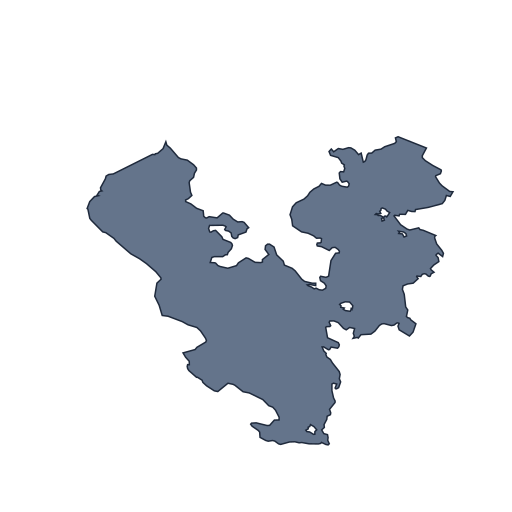 map outline of Oromiya (Equal Earth projection), rotated 113°
{"feature_id": "ETH-3131", "entity_name": "Oromiya", "entity_type": "Administrative State", "adm_level": 1, "iso_a3": "ETH", "parent_name": "Ethiopia", "parent_adm1": "", "projection": "equal_earth", "projection_center": [38.367, 6.948], "detail": "fine", "context": "isolated", "style": "filled", "palette": "slate", "viewbox_px": 512, "rotation_deg": 113, "n_neighbors": 0, "source": "natural_earth", "source_scale": "10m", "svg_char_len": 6130}
<svg xmlns="http://www.w3.org/2000/svg" viewBox="0 0 512 512"><g transform="rotate(113 256 256)"><path d="M90.7,171.8L90.0,141.3L98.7,142.1L100.5,141.3L102.1,137.4L103.6,128.6L104.4,119.3L105.3,118.6L108.2,118.4L111.8,121.9L112.9,121.7L117.2,115.6L118.7,112.1L120.9,102.9L119.9,99.8L125.3,100.5L125.9,104.4L131.0,103.9L135.0,105.0L144.0,116.5L150.9,127.3L153.0,127.0L154.2,130.1L154.7,134.1L159.3,134.7L161.2,139.5L161.6,140.1L163.2,140.0L164.3,144.2L165.2,144.6L170.7,135.1L172.2,127.4L172.0,124.6L166.5,117.2L167.6,115.4L167.0,112.1L166.9,98.5L168.0,99.1L169.5,98.7L174.3,94.4L178.2,87.2L180.3,84.5L183.6,84.0L182.2,89.5L184.3,90.7L185.1,90.5L186.4,87.7L189.7,85.5L194.8,88.8L199.4,90.5L200.3,89.4L201.4,85.8L203.9,87.8L206.5,87.8L207.0,88.2L207.2,89.6L206.2,92.6L206.6,94.3L207.9,95.8L210.5,96.3L211.5,100.0L212.2,100.1L213.5,97.9L219.6,100.7L222.5,105.5L226.0,109.0L229.5,108.2L233.3,104.6L244.4,98.3L246.4,95.2L252.9,93.9L253.5,92.3L253.2,90.1L254.3,88.6L255.9,82.3L264.7,81.7L269.7,83.5L268.0,95.4L265.1,97.9L262.1,98.0L262.2,99.5L262.9,100.4L265.6,101.9L267.1,104.1L268.2,111.7L269.4,113.7L271.8,115.3L278.7,117.2L283.0,119.7L287.4,128.6L291.6,129.8L291.4,131.0L293.9,134.5L291.5,134.1L289.2,136.2L284.2,136.9L285.2,141.9L288.7,144.1L288.4,147.2L285.2,154.2L285.3,158.9L287.0,162.7L288.4,162.8L291.0,160.0L292.1,160.5L293.4,163.3L294.4,164.0L303.3,158.2L303.6,146.4L305.2,144.6L307.2,144.3L309.0,144.9L310.5,151.3L313.3,151.7L314.0,152.7L313.2,158.3L313.9,159.6L316.9,156.5L318.2,153.3L319.4,153.2L321.3,151.3L322.2,147.1L324.5,144.0L329.8,134.3L332.2,132.3L336.5,131.3L338.8,128.9L344.9,128.5L346.7,129.9L347.1,130.9L346.6,131.6L342.3,131.7L342.8,135.0L344.2,136.1L350.3,133.5L356.4,129.1L358.6,126.5L360.0,126.0L368.4,128.4L371.2,125.9L373.0,125.5L375.7,127.9L378.8,127.0L384.6,127.5L387.1,126.1L390.4,127.6L393.0,124.2L392.5,120.4L395.0,118.7L397.6,118.0L400.2,115.2L401.7,115.8L402.2,118.0L402.0,122.9L403.2,123.2L404.6,125.1L408.2,133.9L409.8,141.0L411.1,143.3L411.8,147.6L414.1,152.5L419.8,159.7L420.1,161.8L419.0,166.5L419.4,168.7L421.7,172.4L422.0,175.0L421.4,181.4L416.7,183.8L415.7,185.7L414.2,193.1L412.9,195.2L411.6,194.8L409.5,190.6L407.7,179.5L406.6,177.3L399.9,175.0L397.9,170.7L395.4,171.7L390.3,177.8L388.6,181.5L388.8,185.8L385.5,193.6L384.7,208.7L386.0,214.9L383.2,225.0L383.1,227.1L384.1,232.1L395.7,238.2L396.4,241.7L394.8,250.8L393.1,255.5L391.4,257.1L390.5,262.4L390.9,263.4L387.7,273.0L386.4,274.9L384.5,276.2L382.7,276.5L382.1,274.9L379.0,276.3L376.7,281.2L373.7,285.3L365.9,275.5L363.1,274.7L354.8,268.6L353.0,268.7L351.3,270.5L346.6,277.8L344.9,282.5L345.9,291.7L345.2,298.2L345.8,313.4L347.4,319.1L339.2,325.9L332.6,333.5L319.7,336.6L314.5,334.3L313.2,335.1L309.6,342.1L305.8,353.9L304.0,362.2L302.9,372.1L297.0,390.5L295.3,393.6L293.2,403.4L293.7,406.5L287.5,421.6L286.3,423.7L278.5,429.1L278.3,430.0L270.9,430.3L264.4,427.9L262.1,424.7L262.1,426.1L257.8,425.4L256.3,423.3L255.9,424.6L254.0,425.8L243.8,424.8L241.0,425.2L238.5,423.4L236.2,419.4L202.9,391.0L202.2,388.7L201.2,388.6L199.9,386.6L193.5,383.5L186.1,383.6L188.8,381.4L190.2,377.0L195.7,365.9L195.9,363.0L194.6,356.7L196.4,349.1L198.3,345.2L200.1,344.4L203.9,345.0L208.0,344.2L212.6,346.4L214.6,346.2L222.9,341.2L225.3,338.7L229.7,340.7L231.9,342.7L233.4,342.0L233.5,336.3L235.3,329.3L235.0,322.3L239.9,319.6L240.6,317.5L240.3,316.3L238.1,314.5L236.1,306.7L229.4,303.4L229.1,302.7L228.8,296.4L231.0,291.4L231.8,286.1L229.8,282.2L229.7,280.1L232.8,273.8L234.5,274.9L237.9,274.6L243.5,280.6L246.2,280.1L248.2,282.0L248.3,284.1L247.4,286.0L244.5,287.9L243.8,290.9L244.4,294.1L243.8,295.2L240.8,294.9L240.5,296.0L240.6,298.5L246.0,310.7L249.2,310.4L251.9,308.0L251.7,306.8L249.4,305.1L248.2,303.2L251.6,295.0L253.6,292.9L253.4,284.6L254.2,282.9L255.5,281.8L259.0,281.5L263.6,283.1L266.0,282.9L266.8,284.6L269.6,286.4L272.8,294.0L274.6,296.1L279.9,295.6L278.4,291.5L278.3,290.4L279.7,287.3L279.7,285.0L278.3,277.2L272.5,270.2L269.1,269.5L261.6,264.4L261.2,262.0L262.2,254.4L260.2,249.0L259.0,247.7L256.8,248.7L249.6,244.8L246.4,250.2L242.9,251.2L240.6,250.0L239.8,248.1L240.7,242.9L246.9,237.4L250.1,228.9L253.3,226.3L253.2,217.9L254.4,214.1L259.5,204.8L260.4,201.3L259.1,193.7L257.7,190.4L259.9,189.5L261.2,195.4L262.6,197.6L263.0,196.5L262.9,193.0L263.5,189.6L262.1,188.1L262.4,184.7L261.5,181.5L258.5,179.2L256.1,179.7L254.3,182.5L253.5,187.0L250.8,188.9L249.4,188.6L248.3,183.2L246.2,181.3L230.9,185.2L222.4,183.8L220.6,180.6L219.0,181.1L217.9,182.9L217.1,186.5L218.5,189.1L222.3,190.7L221.8,199.3L222.8,203.5L221.7,204.5L220.1,204.6L218.8,202.0L217.9,201.4L214.4,202.5L214.4,203.9L216.0,207.3L214.9,210.9L214.7,217.0L216.0,223.5L213.9,234.1L208.3,237.4L204.7,240.8L196.4,241.6L191.3,239.8L184.9,234.1L180.4,232.0L176.3,231.3L171.7,229.0L167.2,225.2L163.6,224.1L163.6,219.6L161.8,215.3L156.5,210.5L156.5,209.5L158.1,206.8L158.3,204.4L157.0,198.9L155.7,198.1L153.1,198.4L151.7,200.9L151.7,201.9L154.4,205.5L152.2,208.9L147.1,211.8L145.3,211.2L144.3,208.2L140.7,208.5L139.0,210.1L137.6,210.3L137.0,213.5L135.5,214.8L133.3,218.7L134.2,226.7L131.3,229.6L128.1,228.5L129.7,225.2L124.9,222.2L123.9,217.7L120.1,213.1L119.4,210.9L120.0,206.4L122.6,201.2L120.2,199.4L127.7,193.9L126.5,192.8L124.5,192.4L119.6,193.1L117.4,192.6L116.1,189.7L112.0,187.7L108.8,182.7L105.1,180.2L98.1,172.3L95.9,171.5L92.8,173.8L90.7,171.8ZM268.4,147.6L267.9,146.7L267.0,147.9L266.3,146.8L263.9,147.5L261.8,151.8L263.3,156.0L266.4,159.4L267.9,160.1L268.6,158.3L270.1,157.9L269.4,154.4L271.0,154.8L271.3,152.4L270.1,147.7L268.4,147.6ZM168.7,150.8L163.8,149.9L163.4,153.0L162.3,155.1L162.4,158.5L163.4,159.4L165.2,158.9L166.5,159.6L168.0,157.8L169.7,160.2L169.9,161.9L171.2,162.4L170.5,160.4L171.0,159.4L170.1,157.4L170.6,153.4L169.2,153.3L168.5,152.1L169.0,151.1L168.7,150.8ZM396.9,142.1L397.8,140.6L397.0,137.9L397.7,133.3L397.1,132.2L394.6,133.2L392.3,132.2L390.4,136.0L389.9,140.0L392.0,139.9L393.2,141.1L394.7,140.4L396.9,142.1ZM179.5,133.4L178.5,129.9L180.7,127.1L178.7,125.2L176.8,126.8L176.2,129.5L177.5,134.5L178.2,133.1L179.5,133.4ZM172.4,155.1L174.6,153.6L172.9,151.8L170.9,153.6L172.4,155.1Z" fill="#64748b" stroke="#1e293b" stroke-width="1.5"/></g></svg>